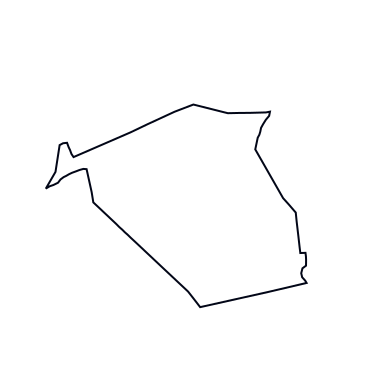 Valente, Bahia, Brazil, rotated 202°
{"feature_id": "56859067B76755801477613", "entity_name": "Valente", "entity_type": "district", "adm_level": 2, "iso_a3": "BRA", "parent_name": "Brazil", "parent_adm1": "Bahia", "projection": "equal_earth", "projection_center": [-39.428, -11.383], "detail": "fine", "context": "isolated", "style": "outline", "palette": "ink", "viewbox_px": 384, "rotation_deg": 202, "n_neighbors": 0, "source": "geoboundaries", "source_scale": "gbopen_adm2", "svg_char_len": 1046}
<svg xmlns="http://www.w3.org/2000/svg" viewBox="0 0 384 384"><g transform="rotate(202 192 192)"><path d="M328.8,140.4L326.1,144.0L323.1,146.6L319.7,150.4L318.6,154.4L316.6,157.7L314.7,159.8L312.7,162.4L310.4,164.9L307.4,167.6L304.5,170.3L301.4,172.7L298.3,173.7L285.0,154.3L279.6,145.4L250.1,133.9L246.4,132.3L242.2,130.8L239.2,129.5L235.5,128.2L231.6,126.6L225.3,124.2L188.5,109.9L158.3,98.2L150.0,93.4L141.3,88.3L106.8,112.1L84.0,127.8L51.7,150.6L53.8,152.2L57.9,154.2L60.3,157.6L61.0,162.6L58.7,166.4L59.8,169.3L61.0,172.3L62.3,175.1L64.0,178.1L68.7,176.0L71.8,181.6L76.4,190.1L84.0,204.0L88.1,211.8L98.0,216.9L105.2,220.4L149.3,255.2L151.4,267.0L151.0,270.3L151.3,273.6L152.0,277.3L151.5,281.4L150.6,286.6L149.0,291.5L149.8,295.7L153.2,293.5L168.1,287.0L171.5,285.6L178.5,282.7L185.0,279.9L188.3,278.5L192.4,277.9L204.8,276.2L223.5,273.6L238.2,259.9L258.5,238.3L271.4,224.2L314.9,180.0L318.0,182.1L320.8,185.2L323.1,187.3L326.3,190.8L329.8,188.9L332.3,185.9L326.1,159.5L328.8,140.4Z" fill="none" stroke="#020617" stroke-width="2"/></g></svg>